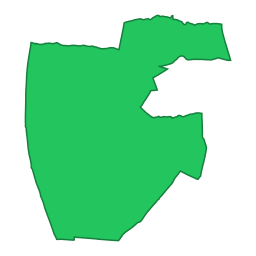 outline of Santa Catarina Ayometla, Tlaxcala, Mexico
{"feature_id": "50627088B90127145073625", "entity_name": "Santa Catarina Ayometla", "entity_type": "district", "adm_level": 2, "iso_a3": "MEX", "parent_name": "Mexico", "parent_adm1": "Tlaxcala", "projection": "albers", "projection_center": [-98.213, 19.193], "detail": "fine", "context": "isolated", "style": "filled", "palette": "green", "viewbox_px": 256, "rotation_deg": 0, "n_neighbors": 0, "source": "geoboundaries", "source_scale": "gbopen_adm2", "svg_char_len": 5690}
<svg xmlns="http://www.w3.org/2000/svg" viewBox="0 0 256 256"><path d="M230.6,60.3L229.8,57.6L229.4,56.1L228.9,54.4L228.0,51.7L227.6,50.3L227.1,48.6L226.2,45.5L225.6,43.7L225.3,42.7L224.9,41.4L224.8,40.8L224.6,40.3L224.3,39.0L224.0,38.3L223.9,37.7L223.5,36.1L223.3,35.4L223.1,34.8L222.8,33.8L222.6,32.8L222.1,30.4L222.0,29.8L221.9,28.9L221.8,28.0L221.7,27.3L221.7,26.5L221.7,26.3L221.7,25.4L221.7,24.3L220.8,24.1L216.2,23.5L212.9,23.6L210.8,23.9L209.5,24.0L207.6,22.5L206.4,22.5L204.5,23.5L203.6,23.9L202.5,23.8L201.0,23.7L199.6,23.6L197.3,23.9L195.9,24.6L194.5,25.1L193.4,24.5L192.0,23.8L191.2,23.6L189.6,23.4L188.7,22.6L187.9,22.2L186.5,22.6L186.0,23.8L185.7,24.4L185.1,24.6L184.1,24.4L183.4,23.9L182.6,22.9L181.7,21.7L180.7,21.3L179.4,21.0L178.5,20.4L177.4,19.9L176.3,19.6L175.0,19.4L174.2,19.5L173.1,19.4L173.0,18.9L172.9,17.6L172.9,16.8L172.8,15.7L172.3,15.6L171.6,16.1L171.2,17.1L170.4,18.0L169.5,17.8L168.2,17.2L167.1,16.9L165.2,16.7L164.2,16.5L162.9,16.2L161.9,16.2L160.5,16.5L159.5,16.5L159.0,15.6L158.1,15.4L157.1,15.5L155.9,16.0L154.7,16.8L153.5,17.4L152.5,18.0L151.9,18.7L151.0,19.4L149.9,19.7L149.0,19.2L148.2,18.7L147.2,18.9L146.0,19.0L144.0,19.7L142.8,19.6L140.8,18.9L139.5,18.9L138.0,19.2L136.4,19.5L134.4,19.9L131.4,20.9L129.1,21.3L127.7,21.7L126.0,22.1L124.2,22.8L123.3,28.1L122.1,34.1L121.6,36.8L120.9,39.7L120.5,42.0L120.1,43.9L120.0,44.2L119.3,47.9L119.0,49.6L118.0,49.3L117.0,49.1L115.9,48.7L115.0,48.3L113.5,47.8L112.4,47.8L111.4,47.7L109.5,47.8L107.6,48.3L106.1,48.5L105.3,48.6L103.5,48.7L101.3,48.8L100.1,48.3L98.5,48.0L96.7,47.2L95.0,46.9L93.6,46.5L92.6,46.2L91.4,46.1L90.4,46.4L89.2,46.4L87.9,46.3L86.6,46.1L85.4,45.6L84.3,45.4L82.7,45.3L81.0,45.9L79.8,45.9L77.0,45.8L75.8,45.4L74.8,45.5L74.2,45.4L73.0,45.3L71.6,45.5L70.1,45.6L68.3,46.0L66.8,45.7L65.5,45.5L64.3,45.6L63.2,45.5L61.9,45.1L60.4,44.8L59.5,44.0L58.3,43.4L57.1,42.7L56.3,42.7L55.2,43.2L54.4,43.4L53.5,43.5L52.8,43.6L52.1,43.7L51.5,43.5L50.7,43.4L49.8,43.2L48.9,43.1L48.1,43.3L47.7,43.4L47.1,43.4L46.4,43.3L44.8,43.5L44.0,44.0L42.5,44.3L41.6,44.3L40.5,44.5L38.9,44.2L37.7,43.9L36.7,43.7L35.9,43.4L35.5,43.5L35.3,43.9L34.7,43.7L34.2,43.5L33.2,43.0L32.4,42.8L31.8,42.8L31.1,42.5L30.4,47.7L30.1,49.1L29.2,54.5L27.8,63.5L27.3,68.1L26.7,75.0L26.4,82.9L26.3,83.5L26.3,85.0L26.2,85.8L26.1,87.7L26.0,88.3L25.9,90.8L25.7,104.8L25.4,116.4L25.4,121.3L25.5,124.4L25.4,126.5L26.0,127.7L26.1,127.9L26.2,128.0L26.2,128.3L26.4,131.7L27.2,137.9L28.2,148.4L29.0,153.7L29.4,155.7L30.0,158.4L30.1,158.6L30.2,159.0L31.0,163.0L31.4,165.9L31.2,166.8L31.2,167.2L31.3,167.8L31.5,168.1L32.1,168.8L32.5,169.6L34.9,178.1L36.0,182.0L36.6,183.7L39.1,190.1L39.4,190.8L40.2,193.4L40.6,195.4L40.6,196.2L41.1,197.2L41.7,198.3L41.9,198.9L42.3,200.0L43.3,202.6L43.8,204.1L44.4,206.6L44.8,208.1L46.3,212.1L47.3,214.9L47.9,216.4L48.5,218.1L49.0,219.3L49.6,220.9L50.9,224.5L52.8,230.0L53.9,233.3L54.4,234.5L56.0,237.6L56.7,239.4L57.8,239.3L58.0,239.3L58.7,239.3L59.4,239.4L59.9,239.3L60.8,239.2L63.4,239.4L66.0,239.6L68.8,239.8L71.7,240.0L74.0,240.1L74.2,239.8L74.3,237.4L74.3,237.1L74.5,236.9L76.9,237.4L80.3,237.6L81.3,237.7L83.8,237.9L85.7,238.0L87.0,238.1L90.2,238.4L93.8,238.7L96.7,238.9L97.0,238.9L97.2,239.1L112.9,240.3L115.4,240.5L118.5,240.6L119.3,239.7L120.9,237.4L121.9,236.3L121.9,236.0L122.0,235.5L122.3,235.0L122.8,234.7L124.2,233.3L125.1,232.5L125.9,231.8L126.0,231.8L126.5,231.4L127.4,230.8L128.2,230.2L129.4,229.4L130.2,228.8L132.3,227.3L133.0,226.7L135.0,225.0L135.6,224.5L136.5,223.6L137.1,223.1L137.5,222.8L138.0,222.5L138.7,222.3L139.4,222.0L139.8,222.0L140.2,221.6L141.0,221.0L141.5,220.2L142.4,219.2L142.8,218.6L143.4,217.6L144.0,216.7L145.4,214.7L146.8,212.7L148.2,211.0L149.8,209.2L150.9,207.8L153.7,204.7L154.6,203.7L155.2,203.1L155.8,202.3L156.5,201.4L157.3,200.3L157.7,200.0L158.3,199.6L158.8,199.3L159.4,198.2L159.9,197.4L160.6,196.7L161.7,195.6L162.8,194.2L164.8,191.9L166.1,190.2L167.5,188.6L168.9,187.0L169.9,185.7L170.8,184.8L171.5,184.1L172.1,183.2L173.5,180.7L174.5,178.8L175.3,177.5L176.5,176.2L177.4,175.0L178.6,173.4L179.0,172.8L179.5,172.3L179.8,171.8L180.1,171.4L180.4,171.1L187.8,174.9L197.4,179.3L198.1,179.2L198.9,178.1L199.3,177.4L199.7,176.9L200.5,176.3L200.6,175.7L200.9,174.2L201.1,173.2L201.5,170.9L202.1,168.4L202.7,165.9L203.0,164.5L203.6,162.5L204.1,160.1L204.9,156.9L205.2,155.6L205.3,154.6L205.8,152.2L205.9,151.6L206.2,149.6L206.3,149.1L206.4,148.2L206.4,147.4L206.3,146.7L206.0,145.8L205.7,144.8L205.3,143.7L204.9,142.5L204.4,140.8L204.2,140.3L203.9,139.1L202.9,138.1L202.7,138.0L202.4,136.5L202.4,135.1L202.4,131.4L202.1,121.4L201.8,115.5L201.9,113.4L198.4,112.9L195.4,113.1L193.9,113.7L192.5,114.0L191.5,114.1L190.0,114.2L189.0,114.7L187.6,115.3L186.4,115.4L185.2,116.1L183.4,116.7L182.2,116.6L181.0,115.9L179.6,115.5L178.7,115.4L178.0,115.7L176.8,116.8L175.4,117.1L174.4,117.4L172.1,118.2L171.8,117.3L170.8,116.7L169.2,116.6L167.3,116.9L164.8,116.8L163.3,116.6L161.9,117.2L160.8,117.3L159.9,117.0L159.0,116.4L158.1,116.5L157.1,117.2L156.3,117.3L155.4,117.1L154.8,117.4L154.5,117.7L153.8,117.6L152.9,117.5L152.1,117.1L150.0,115.8L148.1,114.3L146.4,113.0L145.6,112.3L145.1,111.8L142.4,109.2L140.3,107.1L141.7,105.5L141.9,105.4L142.6,104.2L143.4,102.6L145.0,100.3L146.8,97.6L147.8,96.0L148.4,95.2L150.1,92.1L150.7,90.7L154.9,90.3L157.3,90.0L152.9,78.0L155.5,76.4L157.1,75.5L160.2,73.6L160.9,73.2L167.5,69.0L158.5,66.2L160.7,66.2L162.1,66.0L165.1,65.3L166.7,64.9L169.1,64.2L171.1,63.6L172.4,63.0L173.5,62.1L174.9,60.6L176.7,59.3L178.5,57.1L180.2,56.2L182.4,55.9L184.2,56.8L186.4,59.3L188.1,59.9L190.8,59.6L192.8,59.4L195.9,59.3L198.6,59.4L201.5,59.4L205.1,59.6L211.2,59.9L214.2,59.1L218.3,57.8L221.7,58.8L227.7,60.3L230.6,60.3Z" fill="#22c55e" stroke="#15803d" stroke-width="1.5"/></svg>